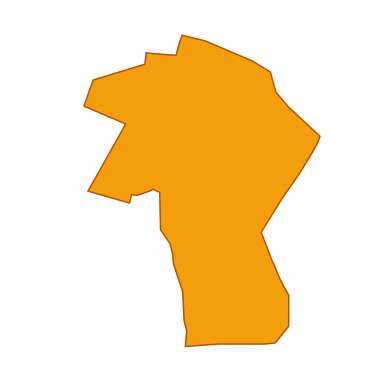 the district of Imbaba, Al Jizah, Egypt, rotated 278°
{"feature_id": "37247803B14597497558400", "entity_name": "Imbaba", "entity_type": "district", "adm_level": 2, "iso_a3": "EGY", "parent_name": "Egypt", "parent_adm1": "Al Jizah", "projection": "albers", "projection_center": [31.208, 30.083], "detail": "fine", "context": "isolated", "style": "filled", "palette": "amber", "viewbox_px": 384, "rotation_deg": 278, "n_neighbors": 0, "source": "geoboundaries", "source_scale": "gbopen_adm2", "svg_char_len": 973}
<svg xmlns="http://www.w3.org/2000/svg" viewBox="0 0 384 384"><g transform="rotate(278 192 192)"><path d="M265.1,310.9L265.2,310.7L265.5,310.2L274.8,296.9L283.1,285.1L289.7,275.6L293.4,271.4L302.4,261.3L316.2,255.3L321.7,253.0L322.9,250.2L326.8,241.2L330.1,233.6L335.0,215.4L335.5,213.5L343.4,184.4L345.9,160.4L345.7,160.4L340.5,159.2L327.5,157.4L325.1,157.1L323.6,133.1L323.6,127.3L312.0,127.5L289.1,78.5L262.0,73.1L250.1,116.9L178.4,88.9L172.3,131.7L181.0,132.5L181.1,138.3L188.0,151.7L189.4,153.1L187.1,160.1L150.3,166.1L140.7,174.8L137.8,177.4L127.7,181.6L121.3,182.9L119.5,183.3L116.8,184.4L107.8,188.8L97.6,193.9L91.9,196.7L81.7,198.6L63.1,202.2L53.7,206.1L38.1,206.9L45.1,239.2L45.5,242.0L51.5,284.8L54.1,295.4L72.4,306.4L103.1,302.2L117.6,291.5L126.8,286.1L132.3,282.9L135.2,280.8L151.2,272.0L161.8,266.1L200.3,283.1L209.9,288.1L224.5,295.5L243.3,303.7L247.9,305.6L259.1,309.9L262.5,310.5L265.1,310.9Z" fill="#f59e0b" stroke="#b45309" stroke-width="1.5"/></g></svg>